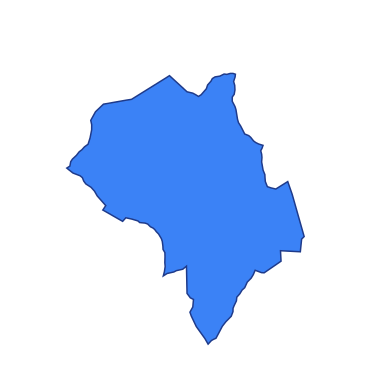 outline of Guairaçá, Paraná, Brazil, rotated 210°
{"feature_id": "56859067B94709735368229", "entity_name": "Guairaçá", "entity_type": "district", "adm_level": 2, "iso_a3": "BRA", "parent_name": "Brazil", "parent_adm1": "Paraná", "projection": "mercator", "projection_center": [-52.742, -22.92], "detail": "fine", "context": "isolated", "style": "filled", "palette": "blue", "viewbox_px": 384, "rotation_deg": 210, "n_neighbors": 0, "source": "geoboundaries", "source_scale": "gbopen_adm2", "svg_char_len": 1873}
<svg xmlns="http://www.w3.org/2000/svg" viewBox="0 0 384 384"><g transform="rotate(210 192 192)"><path d="M213.3,315.7L215.8,315.2L218.1,313.9L220.6,311.3L223.2,310.2L225.8,306.3L229.6,303.2L231.1,300.4L231.0,297.4L232.0,292.5L231.2,288.6L232.7,280.8L234.2,278.0L237.3,278.1L240.7,278.0L246.4,276.3L269.7,281.5L271.6,277.8L290.7,242.0L294.7,238.8L298.4,235.7L312.6,223.8L315.7,213.3L315.5,203.4L312.5,200.1L310.0,195.7L307.3,187.8L305.9,181.4L307.7,177.3L308.5,173.5L309.8,170.4L310.4,166.0L312.0,160.7L312.2,157.6L310.7,153.4L312.4,150.1L309.4,149.6L304.6,148.9L297.0,150.1L294.1,149.6L291.2,147.3L288.0,145.9L281.8,145.6L276.9,144.0L272.1,141.2L259.9,137.1L260.2,131.8L237.4,131.9L236.4,136.6L230.4,138.5L224.4,139.9L222.0,139.4L217.1,141.6L214.4,142.1L210.6,141.1L207.9,141.3L205.6,140.9L203.1,139.8L199.9,138.9L195.1,136.2L193.0,134.3L190.1,130.5L188.4,127.8L185.2,126.0L183.0,122.4L180.2,117.2L178.0,114.1L176.1,109.3L174.9,105.0L172.8,109.0L167.7,113.7L166.2,116.1L161.4,120.5L159.7,125.0L145.6,101.7L140.5,99.5L137.0,99.7L133.8,92.8L133.7,86.9L130.7,84.3L121.0,77.6L107.5,71.5L102.0,68.3L100.9,73.1L99.6,75.3L98.1,77.3L98.3,83.0L98.6,90.9L97.8,96.6L95.9,104.0L96.7,108.9L98.3,111.8L98.7,114.6L99.1,119.9L100.6,123.3L99.7,127.8L99.6,132.1L98.5,135.5L99.1,141.6L97.7,146.9L97.6,151.1L98.2,155.8L91.5,156.9L89.1,158.1L80.3,176.6L86.0,185.4L68.3,194.4L73.5,206.0L72.6,209.5L104.1,240.1L114.3,248.9L120.9,236.5L125.5,235.1L129.4,234.3L133.7,237.7L136.0,241.0L137.6,243.5L141.4,246.5L144.4,250.1L146.7,252.8L148.7,256.9L150.6,259.6L153.1,262.1L153.2,264.8L153.8,267.9L158.3,266.9L161.5,266.7L164.2,267.0L168.5,268.7L171.0,269.2L175.4,268.6L180.4,271.9L182.9,273.5L186.4,275.3L189.0,277.8L195.1,285.3L197.5,287.5L202.5,290.7L204.6,294.4L204.3,297.7L205.8,301.8L208.3,305.7L211.2,308.5L212.2,313.2L213.3,315.7Z" fill="#3b82f6" stroke="#1e3a8a" stroke-width="1.5"/></g></svg>